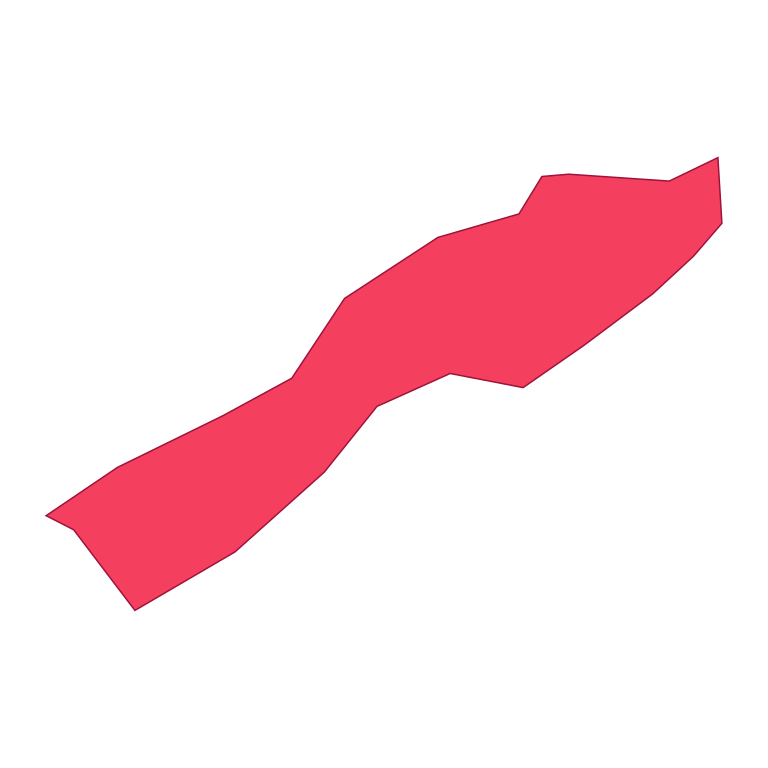 outline of Butambala
{"feature_id": "UGA-5599", "entity_name": "Butambala", "entity_type": "District", "adm_level": 1, "iso_a3": "UGA", "parent_name": "Uganda", "parent_adm1": "", "projection": "natural_earth1", "projection_center": [32.064, 0.13], "detail": "fine", "context": "isolated", "style": "filled", "palette": "rose", "viewbox_px": 768, "rotation_deg": 0, "n_neighbors": 0, "source": "natural_earth", "source_scale": "10m", "svg_char_len": 406}
<svg xmlns="http://www.w3.org/2000/svg" viewBox="0 0 768 768"><path d="M669.2,181.1L717.9,157.6L721.9,223.3L693.5,256.2L652.9,293.7L584.0,345.3L523.1,387.6L450.1,373.5L377.0,406.4L324.3,472.1L235.0,551.9L134.9,610.4L73.7,529.8L46.1,515.7L117.4,467.4L222.9,415.7L291.8,378.2L344.6,298.4L437.9,237.4L519.0,213.9L541.9,176.5L568.7,174.2L669.2,181.1Z" fill="#f43f5e" stroke="#9f1239" stroke-width="1.5"/></svg>